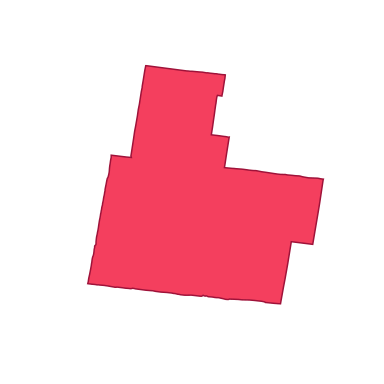 the district of Gruia, Mehedinti, Romania, rotated 341°
{"feature_id": "2599482B33990588848115", "entity_name": "Gruia", "entity_type": "district", "adm_level": 2, "iso_a3": "ROU", "parent_name": "Romania", "parent_adm1": "Mehedinti", "projection": "orthographic", "projection_center": [22.812, 44.277], "detail": "fine", "context": "isolated", "style": "filled", "palette": "rose", "viewbox_px": 384, "rotation_deg": 341, "n_neighbors": 0, "source": "geoboundaries", "source_scale": "gbopen_adm2", "svg_char_len": 3800}
<svg xmlns="http://www.w3.org/2000/svg" viewBox="0 0 384 384"><g transform="rotate(341 192 192)"><path d="M239.3,326.5L240.1,325.0L247.8,311.2L251.6,304.6L259.1,291.1L264.4,281.2L269.7,271.3L288.9,280.7L289.1,280.8L304.7,252.2L308.1,245.9L309.9,242.5L319.9,223.3L320.2,222.9L320.4,222.6L320.0,222.4L319.5,222.2L317.4,221.1L316.8,220.7L316.1,220.3L315.4,219.9L310.0,217.8L306.9,216.6L302.7,214.3L301.2,213.4L299.5,212.2L298.2,211.5L297.3,211.2L294.7,210.1L292.2,208.9L289.3,207.6L287.9,207.0L285.7,205.7L284.6,205.4L283.4,204.9L281.5,204.2L278.9,203.0L275.6,201.3L268.0,197.3L264.6,195.6L261.0,193.5L259.2,192.5L258.3,192.2L256.3,191.4L254.4,190.5L253.1,189.9L250.6,188.6L248.4,187.5L246.3,186.5L241.2,184.3L239.3,183.4L237.8,182.8L232.5,180.4L230.6,179.5L232.9,175.2L235.6,170.0L239.4,162.8L244.2,153.8L245.0,152.3L244.9,152.3L243.6,151.6L241.9,150.6L240.4,149.9L236.5,147.9L234.3,146.8L231.1,145.3L228.9,144.2L229.0,144.0L232.5,137.4L235.7,131.1L238.7,125.3L240.5,121.7L242.9,117.0L243.4,116.2L245.2,112.5L246.5,110.1L247.5,108.9L251.5,111.0L251.7,110.6L253.9,106.9L255.9,103.0L257.6,99.8L258.7,97.7L260.0,95.5L261.6,92.1L261.3,91.9L260.1,91.4L258.7,90.8L256.3,89.6L255.2,89.1L254.4,88.6L253.2,88.0L251.6,87.4L250.7,86.9L247.7,85.5L245.6,84.4L244.8,84.2L244.4,84.0L240.9,82.1L237.6,80.7L234.5,79.3L231.4,77.9L229.7,77.3L227.9,76.4L226.4,75.8L218.5,71.9L212.5,68.9L202.4,63.9L196.6,61.0L192.2,58.8L189.9,57.7L189.4,57.5L187.1,61.4L182.2,70.6L179.3,75.9L179.0,76.8L176.7,80.7L173.7,86.4L170.7,92.1L168.1,96.5L165.2,102.2L160.3,111.1L157.6,115.8L154.1,122.6L150.8,128.9L147.6,135.0L146.0,138.0L145.9,139.6L141.4,137.6L134.4,134.2L127.6,130.9L126.8,133.1L126.1,134.2L125.6,135.1L124.9,136.4L123.9,138.4L122.8,140.4L121.8,142.5L121.2,143.9L120.7,145.1L120.1,146.4L119.0,148.3L118.1,149.7L117.7,150.3L117.0,151.1L116.4,151.5L115.7,152.6L115.3,153.2L114.5,154.6L113.5,156.4L111.3,160.1L110.5,161.6L110.2,162.5L109.3,163.9L108.5,165.5L107.8,166.7L106.8,168.3L106.0,169.8L105.3,171.2L104.5,172.5L103.7,173.8L103.0,175.4L102.6,175.8L101.6,177.4L100.7,179.2L100.0,180.3L99.4,181.5L99.0,182.2L98.5,182.9L97.7,184.5L96.5,186.7L95.5,188.3L93.8,191.5L92.8,193.4L92.0,195.0L90.6,197.6L89.6,199.2L88.7,200.9L87.2,203.3L86.4,204.9L85.2,207.5L84.4,209.6L83.9,210.6L83.1,210.9L82.7,211.1L82.2,211.7L82.2,212.2L81.7,213.0L80.8,214.5L79.9,216.5L78.9,218.5L78.5,219.1L78.2,219.6L77.5,220.5L77.0,221.0L76.1,222.4L75.3,223.9L74.4,225.8L73.8,226.8L72.7,229.0L70.9,232.2L69.7,234.3L68.3,236.7L66.2,240.1L64.6,243.2L63.6,244.7L63.8,244.8L64.3,245.1L66.6,246.2L66.9,246.4L69.4,247.5L71.0,248.3L72.0,248.9L73.0,249.2L73.7,249.5L74.4,249.9L77.6,251.3L78.9,251.9L79.8,252.4L81.6,253.3L83.9,254.6L85.7,255.6L87.2,256.4L88.0,256.9L89.3,257.4L89.8,257.4L90.6,257.7L92.6,258.7L95.3,260.0L97.8,261.3L100.4,262.4L102.2,263.3L103.2,263.6L103.7,263.6L104.3,263.6L104.8,263.9L105.6,264.2L106.9,265.1L109.5,266.4L112.9,268.1L116.3,269.8L119.7,271.3L121.8,272.2L123.0,272.7L123.7,273.2L124.9,273.9L125.2,274.1L128.2,275.6L130.0,276.5L135.5,278.8L138.0,280.0L139.9,280.9L141.5,281.9L142.9,282.5L144.3,283.4L145.2,284.0L146.3,284.5L147.9,285.5L149.2,286.1L151.1,287.0L153.5,287.9L155.4,288.5L157.8,289.3L159.9,290.3L165.7,293.1L166.9,293.6L167.3,293.6L167.9,293.6L168.3,293.5L168.6,293.3L168.9,293.3L169.3,293.7L169.9,294.3L170.8,294.8L171.1,294.7L171.7,294.8L172.1,295.2L172.4,295.5L173.3,296.3L174.0,296.6L176.1,297.5L177.8,298.3L179.1,299.1L181.1,300.0L182.4,300.4L183.3,300.9L184.4,301.6L186.2,302.7L186.7,303.0L188.8,304.4L190.6,305.2L191.6,305.5L192.5,305.4L192.7,305.5L193.7,305.9L196.1,306.8L200.9,308.7L204.1,310.2L207.6,311.5L210.9,312.7L215.8,314.9L222.3,318.0L225.0,319.6L225.3,320.3L226.9,321.0L230.8,322.8L232.3,323.5L233.6,324.1L236.2,325.2L236.6,325.4L239.3,326.5Z" fill="#f43f5e" stroke="#9f1239" stroke-width="1.5"/></g></svg>